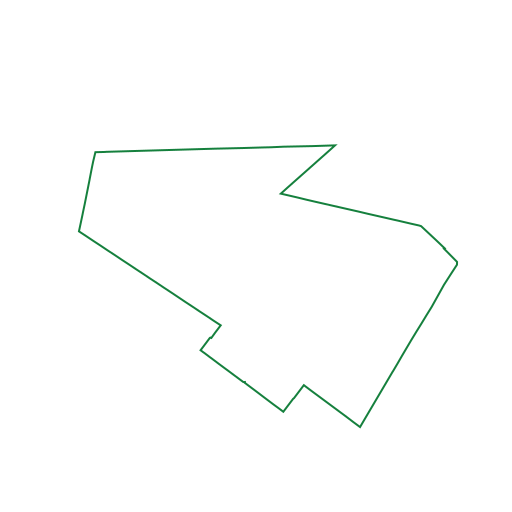 the district of Tonanitla, México, Mexico, rotated 113°
{"feature_id": "50627088B85888677914185", "entity_name": "Tonanitla", "entity_type": "district", "adm_level": 2, "iso_a3": "MEX", "parent_name": "Mexico", "parent_adm1": "México", "projection": "mercator", "projection_center": [-99.056, 19.68], "detail": "fine", "context": "isolated", "style": "outline", "palette": "green", "viewbox_px": 512, "rotation_deg": 113, "n_neighbors": 0, "source": "geoboundaries", "source_scale": "gbopen_adm2", "svg_char_len": 1853}
<svg xmlns="http://www.w3.org/2000/svg" viewBox="0 0 512 512"><g transform="rotate(113 256 256)"><path d="M223.2,444.4L232.7,442.8L238.7,441.6L250.0,439.2L250.8,439.0L259.0,437.3L267.2,435.6L275.4,433.9L283.6,432.3L286.0,431.8L294.2,430.2L302.5,428.6L304.1,419.8L305.7,411.4L307.2,403.1L308.8,394.8L310.3,386.4L311.9,378.1L313.4,369.8L315.0,361.4L316.5,353.1L318.1,344.8L319.6,336.4L321.2,328.1L322.7,319.8L324.3,311.4L325.9,303.1L327.4,294.8L329.0,286.4L330.5,278.1L332.1,269.8L333.6,261.4L342.7,263.7L348.9,265.1L348.9,266.1L349.5,266.5L364.4,270.2L364.5,269.8L364.9,268.1L365.0,267.8L365.4,266.0L365.4,265.8L365.9,263.9L366.4,261.8L366.8,260.3L366.9,259.9L367.4,257.9L367.4,257.7L368.4,253.7L369.9,247.7L371.3,241.9L372.7,236.0L374.2,229.9L375.7,223.7L377.0,218.3L376.3,217.0L377.2,216.5L379.8,205.9L381.3,199.9L382.8,194.0L384.3,188.0L385.8,182.0L386.8,177.7L387.2,176.0L388.7,170.0L372.9,166.0L372.1,165.5L356.2,161.5L358.5,152.3L360.7,143.1L362.7,134.8L364.7,126.5L366.7,118.2L368.7,109.9L370.8,101.7L372.8,93.4L363.6,92.2L354.5,91.0L345.4,89.8L336.3,88.6L327.2,87.4L318.1,86.2L309.0,85.0L308.7,84.9L299.7,83.7L290.7,82.6L281.6,81.4L272.6,80.2L263.0,78.8L253.4,77.3L243.8,75.9L234.2,74.4L225.8,73.5L217.4,72.6L209.0,71.7L195.6,69.4L185.5,67.6L182.9,68.6L182.5,69.5L175.8,85.8L175.2,85.3L174.3,87.8L172.7,92.0L170.8,97.1L167.4,106.4L164.0,115.7L164.1,116.6L164.2,117.8L165.7,126.0L167.1,134.1L168.0,139.3L168.7,143.0L170.3,152.0L171.9,160.9L173.5,169.8L175.0,178.7L176.6,187.6L178.2,196.5L179.8,205.4L181.4,214.3L183.0,223.2L184.5,231.8L185.9,240.4L187.4,249.0L188.9,257.5L180.7,253.7L172.5,249.8L164.3,245.9L156.1,242.0L147.9,238.1L139.7,234.2L131.5,230.3L123.3,226.5L132.7,246.8L144.6,273.3L150.1,284.8L153.4,292.1L161.9,310.6L173.1,335.4L195.5,384.2L218.6,434.5L219.2,435.6L223.2,444.4Z" fill="none" stroke="#15803d" stroke-width="2"/></g></svg>